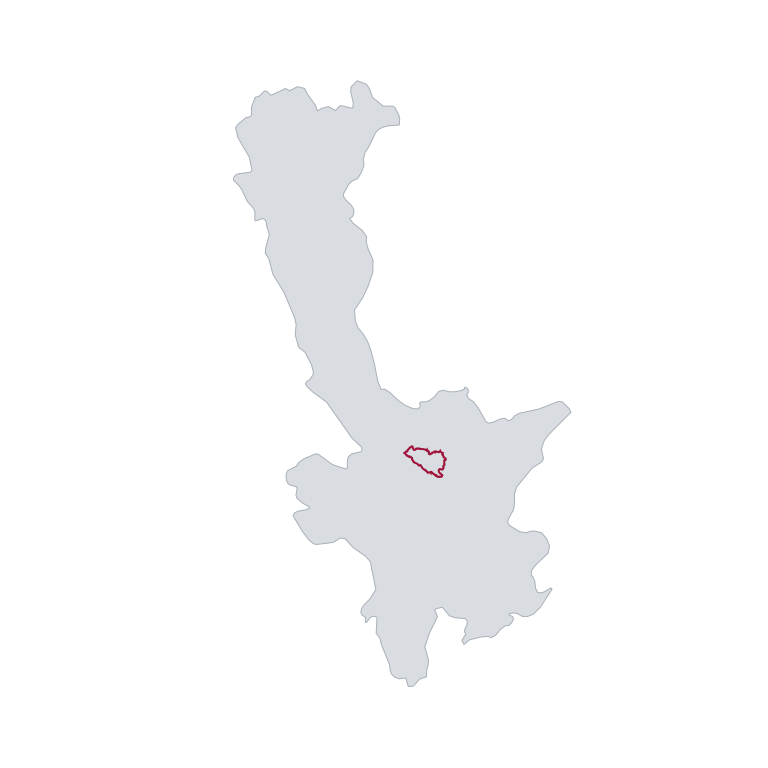 location of Longcheng, Vientiane, Laos, rotated 201°
{"feature_id": "54806243B40000805936315", "entity_name": "Longcheng", "entity_type": "district", "adm_level": 2, "iso_a3": "LAO", "parent_name": "Laos", "parent_adm1": "Vientiane", "projection": "orthographic", "projection_center": [102.87, 19.084], "detail": "fine", "context": "in_parent", "style": "outline", "palette": "rose", "viewbox_px": 768, "rotation_deg": 201, "n_neighbors": 0, "source": "geoboundaries", "source_scale": "gbopen_adm2", "svg_char_len": 8796}
<svg xmlns="http://www.w3.org/2000/svg" viewBox="0 0 768 768"><g transform="rotate(201 384 384)"><path d="M275.1,118.0L278.4,124.1L293.7,140.6L296.4,145.0L302.0,148.5L306.7,163.1L308.7,164.0L311.3,163.0L313.2,160.9L314.9,155.3L315.9,154.7L317.6,159.3L322.0,160.7L323.9,162.8L324.4,166.3L323.8,169.9L320.2,178.2L318.0,189.3L333.2,213.3L339.5,216.5L354.7,220.4L365.0,225.7L369.7,224.4L374.2,218.4L379.7,215.1L389.8,209.9L392.8,209.6L398.4,211.6L407.7,217.4L421.8,228.5L421.4,231.5L418.8,234.4L411.4,238.9L409.0,241.7L410.5,242.8L416.7,243.5L424.1,245.9L426.4,248.8L427.7,255.4L429.0,256.7L435.9,255.9L438.0,256.8L440.5,258.9L443.0,264.4L443.0,268.5L436.3,275.9L435.5,280.3L432.0,285.5L422.8,294.3L420.3,294.9L402.9,290.2L389.2,291.0L388.1,292.8L390.4,298.1L391.2,303.3L389.0,307.3L381.2,312.5L380.9,314.7L382.5,317.1L394.0,321.7L431.1,346.5L447.9,351.1L455.3,354.2L457.3,355.9L457.2,358.1L455.3,360.9L453.8,365.9L453.7,368.8L455.5,371.7L458.5,375.9L469.0,385.3L476.6,387.5L484.7,398.3L487.2,407.8L491.2,413.9L510.7,434.2L527.0,446.6L536.8,460.2L541.5,463.2L543.1,468.1L544.6,482.5L550.3,489.6L551.5,492.5L554.0,494.6L556.7,495.0L562.3,490.1L563.4,490.8L566.1,498.3L568.5,501.0L577.1,505.5L586.4,514.5L591.3,517.7L597.5,520.2L598.4,523.0L597.3,526.0L595.5,528.0L585.0,533.6L583.7,535.9L590.9,547.5L608.7,561.6L614.4,570.1L613.3,574.3L608.6,582.9L605.0,585.3L604.1,588.0L607.0,594.8L606.9,605.5L603.6,608.1L600.6,614.7L598.5,615.3L593.0,613.0L581.9,624.5L577.0,624.1L571.4,630.5L564.1,631.5L559.0,626.9L548.0,619.7L544.1,615.1L540.8,619.2L535.2,623.1L527.1,621.9L525.1,627.6L523.5,628.6L513.8,629.8L512.0,630.7L513.6,635.8L519.5,644.4L521.3,649.3L517.8,657.5L507.7,657.5L503.1,654.2L497.3,647.4L484.4,643.1L475.8,646.4L473.2,646.2L466.6,640.5L464.2,636.8L462.6,631.3L472.5,626.6L477.4,623.1L480.6,619.3L481.9,615.4L483.3,599.2L484.7,593.5L483.8,586.6L481.1,581.1L481.0,572.9L482.3,566.2L486.0,562.8L488.5,557.9L490.0,547.1L488.8,544.4L485.1,541.8L478.8,539.4L474.9,536.3L473.3,532.5L473.4,529.1L475.3,526.2L470.6,523.0L459.3,519.6L453.0,515.4L451.7,510.5L446.9,504.0L438.8,496.0L434.5,484.5L433.9,469.3L434.8,457.0L438.1,442.7L433.3,432.4L428.2,427.0L421.0,423.0L414.2,417.4L407.7,409.9L399.9,398.9L390.8,384.4L384.8,377.9L381.7,379.4L375.2,378.1L365.3,373.9L356.7,371.7L349.3,371.4L344.5,372.3L342.3,374.6L342.2,376.8L344.0,378.9L343.0,380.6L339.2,381.9L336.1,384.3L332.6,389.6L330.2,396.7L326.5,399.4L320.9,400.0L315.3,402.0L309.8,405.4L307.2,408.0L307.5,409.8L306.4,410.2L303.7,409.2L302.4,406.8L302.6,403.2L299.8,400.7L294.1,399.5L287.6,395.5L275.2,385.4L272.4,384.9L268.3,387.5L262.9,393.1L258.6,395.4L255.1,394.2L252.4,396.2L250.5,401.3L247.0,405.3L230.3,416.2L215.1,430.1L211.3,431.3L202.2,427.3L199.4,424.5L212.1,395.8L214.1,388.9L213.8,379.6L208.6,371.9L208.4,369.6L209.2,367.3L215.7,358.4L223.2,335.5L222.9,328.3L219.7,320.4L218.0,313.0L219.5,302.8L219.0,298.9L215.6,296.8L204.3,294.7L197.7,296.3L194.6,299.0L190.8,300.7L183.6,301.6L176.9,298.0L171.4,292.1L170.1,285.0L177.4,269.7L179.2,263.8L179.0,261.0L177.8,258.1L176.2,257.6L172.6,254.0L169.2,247.5L165.9,244.6L162.8,245.1L159.9,247.4L155.1,253.4L153.6,252.6L158.1,231.4L162.2,222.5L166.8,218.3L171.7,216.6L176.9,217.4L181.2,216.7L184.7,214.5L184.4,213.2L180.3,212.9L178.7,210.4L179.6,205.9L181.4,203.0L184.3,201.7L187.1,197.2L189.8,189.5L193.0,185.6L196.8,185.5L203.3,182.3L212.5,175.8L216.0,169.5L219.4,172.5L218.1,179.8L219.9,181.4L220.7,184.0L220.2,188.1L220.9,191.6L222.3,193.3L224.3,194.1L234.0,191.2L239.9,191.1L249.5,196.5L255.3,192.6L255.4,191.1L250.7,186.0L252.3,167.4L251.7,153.2L243.9,142.8L242.3,138.5L241.5,131.7L239.4,125.8L245.1,121.2L248.2,112.6L252.2,110.5L253.4,110.8L258.2,117.3L264.4,114.1L269.1,114.2L273.0,115.9L275.1,118.0Z" fill="#d9dde1" stroke="#a8b0b8" stroke-width="1"/><path d="M340.2,326.7L340.0,326.8L339.9,326.8L339.8,327.0L339.7,326.9L339.3,326.8L338.8,326.5L338.6,326.3L338.0,325.8L337.8,325.7L337.7,325.7L337.3,325.4L337.1,325.4L336.9,325.5L336.8,325.4L336.7,325.5L336.6,325.4L336.0,325.3L335.8,325.3L335.3,325.1L335.2,325.1L335.0,325.3L334.9,325.2L334.8,325.3L334.6,325.3L334.4,325.4L334.3,325.2L334.2,325.2L333.7,325.0L333.5,325.3L333.5,325.5L333.4,325.6L332.9,325.5L332.3,325.4L331.7,325.1L331.3,325.0L331.2,324.8L331.3,324.8L331.2,324.6L331.1,324.4L331.1,324.0L330.9,323.7L330.4,323.3L330.0,323.2L329.4,322.8L329.2,322.4L328.7,322.3L328.5,322.2L328.4,322.0L328.1,322.0L328.0,321.8L328.0,321.7L327.9,321.6L327.7,321.5L326.7,321.6L326.4,321.6L326.1,321.5L324.7,321.5L323.9,321.4L323.6,321.2L323.3,320.8L323.2,320.8L322.7,320.8L322.7,320.7L322.4,320.4L322.2,320.4L322.0,320.5L321.8,320.6L321.4,320.9L321.2,321.0L321.0,321.3L320.8,321.4L320.7,321.4L320.0,320.8L319.5,320.3L319.2,320.2L318.9,320.0L318.7,319.9L318.2,319.4L317.3,318.9L316.7,318.7L316.3,318.6L316.2,318.6L315.5,318.5L315.1,318.7L314.8,318.7L314.3,318.2L314.1,318.0L313.8,318.2L313.5,318.2L312.5,317.4L312.3,317.4L312.3,317.5L312.2,317.5L312.2,317.4L311.7,317.2L311.4,317.2L311.1,316.9L311.0,317.0L310.9,317.2L310.5,317.3L310.2,317.6L309.9,317.8L309.5,317.9L309.1,317.9L308.9,317.8L309.0,318.0L309.2,318.3L308.5,318.8L308.4,318.9L308.2,318.8L307.8,318.8L307.6,318.6L307.2,318.5L306.7,318.1L306.3,318.0L305.9,318.1L305.6,317.9L305.3,317.7L304.9,317.8L304.7,317.7L304.4,317.6L303.8,317.3L303.8,317.5L303.7,317.5L303.4,317.6L303.1,317.6L302.8,317.7L302.6,317.7L302.5,317.4L302.4,317.4L302.3,317.1L302.1,316.8L301.7,316.7L301.1,316.7L300.9,316.8L300.6,316.6L300.1,316.6L299.9,316.7L299.9,317.0L299.7,317.1L299.6,317.3L299.1,317.3L298.9,317.2L298.5,317.2L298.4,317.3L298.3,317.5L298.0,317.8L297.6,317.9L297.3,317.9L297.2,317.9L297.1,318.1L296.9,318.4L296.8,318.9L296.8,319.0L296.8,319.6L297.0,319.7L297.1,319.8L297.2,320.0L297.5,320.0L298.4,320.2L299.1,320.7L299.3,320.7L299.5,320.6L299.9,320.8L300.1,320.9L301.0,321.4L301.4,321.8L301.9,322.6L302.0,323.2L302.0,323.7L301.8,324.1L301.6,324.5L301.2,324.7L300.8,324.6L300.6,324.6L300.3,324.8L300.1,324.9L299.8,325.0L299.4,324.9L298.9,325.0L298.7,325.1L298.6,325.7L298.4,325.9L298.4,326.1L298.5,326.5L298.4,326.6L298.3,326.8L298.3,327.0L298.6,327.4L298.6,327.7L298.8,327.9L299.1,328.0L299.3,328.6L299.2,328.9L299.1,329.3L298.8,329.5L298.6,329.8L298.6,330.1L298.6,330.4L298.7,330.5L298.9,330.9L299.0,331.0L299.3,331.3L299.3,331.6L299.5,332.3L299.8,332.8L300.1,333.6L300.3,333.7L300.4,334.2L300.4,334.3L300.1,334.5L299.8,334.8L299.6,334.9L299.3,335.1L299.3,335.5L299.4,336.1L299.6,336.3L299.9,336.5L300.1,336.5L300.6,336.8L301.0,336.9L301.7,336.8L302.0,336.9L302.1,337.1L302.4,337.7L303.2,338.2L303.3,338.4L303.3,338.7L303.4,338.9L303.5,339.0L304.2,339.0L304.3,339.0L304.5,339.3L304.6,339.6L304.4,340.2L304.3,340.6L304.5,340.6L304.9,340.6L305.1,340.6L305.4,340.7L305.8,340.7L306.2,340.8L306.6,341.0L306.8,341.0L307.3,341.3L307.5,341.6L307.6,341.3L307.5,341.1L307.7,340.9L307.8,340.8L307.7,340.8L307.8,340.8L307.8,340.7L307.9,340.4L307.9,340.5L308.0,340.4L308.1,340.2L308.3,340.2L308.6,340.0L308.7,339.9L309.1,340.1L309.4,339.9L310.9,339.6L311.0,339.6L311.3,339.1L311.4,339.3L311.4,339.2L311.5,339.2L311.6,339.3L311.8,339.3L312.1,339.3L312.1,339.2L312.2,339.3L312.3,339.2L312.6,339.1L312.6,338.9L312.5,338.5L312.6,338.4L312.8,338.4L313.6,337.6L314.0,337.5L314.2,337.3L314.3,337.3L314.3,337.1L314.2,337.1L314.2,336.9L314.4,336.8L314.5,336.8L314.6,336.6L314.6,336.4L314.6,336.1L314.9,335.9L315.1,335.6L315.4,335.5L315.5,335.4L315.7,335.0L315.9,334.8L316.0,334.7L316.4,334.7L316.6,334.7L316.8,334.8L317.2,335.0L317.3,335.2L317.4,336.2L317.4,336.4L317.7,336.8L318.2,337.1L318.3,336.9L318.5,336.8L318.8,336.8L319.2,336.9L319.4,337.1L319.5,337.3L319.9,337.9L320.0,338.0L320.0,337.9L320.0,337.7L320.2,337.4L320.3,337.3L320.4,337.2L320.5,337.3L320.7,337.5L320.8,337.4L321.0,337.4L321.2,337.5L321.3,337.7L321.6,337.7L321.7,337.4L321.8,337.4L322.8,337.4L324.2,337.3L324.3,337.2L324.7,337.0L324.8,336.9L325.4,336.8L325.9,336.7L327.1,336.3L327.3,336.2L327.4,336.3L327.6,336.2L327.8,336.3L328.0,336.4L328.1,336.2L328.4,336.2L328.5,336.1L328.8,336.0L328.9,335.9L329.0,335.8L329.4,335.9L329.6,335.6L329.8,335.6L330.1,335.3L330.3,335.5L330.9,335.2L331.0,335.1L331.1,334.8L331.1,334.3L331.3,333.8L331.5,333.6L331.8,333.4L332.2,333.3L332.6,333.2L332.7,333.3L333.2,333.6L333.3,333.8L333.5,334.0L333.9,334.2L334.1,334.4L334.4,335.3L334.5,335.4L334.9,335.8L335.3,335.9L335.6,335.8L336.1,335.4L336.2,335.2L336.4,334.6L336.6,334.4L336.8,334.3L336.9,334.1L337.0,333.9L337.2,333.7L337.1,333.3L337.1,333.1L337.1,332.9L337.3,332.7L337.5,332.5L337.7,332.4L337.8,332.3L337.8,332.0L337.8,331.8L337.9,331.6L337.9,331.4L338.0,331.2L338.3,330.6L338.2,330.4L338.1,330.2L338.0,329.9L338.1,329.7L338.1,329.4L338.3,329.3L338.4,329.2L338.6,329.2L338.8,328.9L339.1,328.8L339.3,328.8L339.4,328.7L339.3,328.2L339.5,327.8L339.6,327.7L339.9,327.3L340.0,327.0L340.3,326.9L340.2,326.7Z" fill="none" stroke="#9f1239" stroke-width="2"/></g></svg>